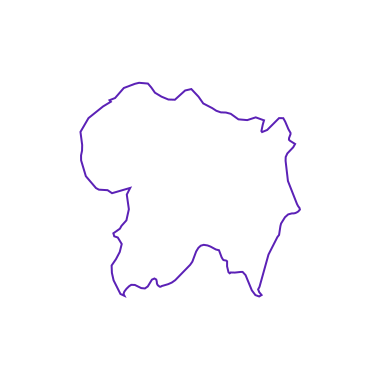 the border of Louang Namtha, rotated 145°
{"feature_id": "LAO-3272", "entity_name": "Louang Namtha", "entity_type": "Province", "adm_level": 1, "iso_a3": "LAO", "parent_name": "Laos", "parent_adm1": "", "projection": "mercator", "projection_center": [101.159, 20.926], "detail": "fine", "context": "isolated", "style": "outline", "palette": "violet", "viewbox_px": 384, "rotation_deg": 145, "n_neighbors": 0, "source": "natural_earth", "source_scale": "10m", "svg_char_len": 1851}
<svg xmlns="http://www.w3.org/2000/svg" viewBox="0 0 384 384"><g transform="rotate(145 192 192)"><path d="M194.1,67.7L196.9,67.9L199.2,71.2L199.4,77.1L195.8,93.2L196.4,97.5L197.8,98.5L203.1,101.4L206.5,103.9L207.3,103.7L207.8,103.8L208.1,105.4L205.9,111.0L203.0,115.1L203.4,116.3L205.1,118.0L205.4,118.8L205.2,121.5L203.3,128.8L205.4,131.2L208.1,136.6L209.9,139.3L212.7,142.0L215.6,143.0L218.8,142.6L222.7,140.9L231.7,134.7L235.3,133.4L256.3,129.4L260.5,129.4L264.5,130.2L270.7,132.3L272.0,132.4L272.8,133.0L273.5,135.2L273.3,137.0L272.2,138.9L271.5,140.8L272.4,142.7L275.1,143.2L282.4,140.0L285.9,140.0L288.7,142.4L292.1,148.6L295.0,150.8L297.6,150.9L301.2,150.3L304.6,149.2L306.6,147.7L306.9,145.7L309.1,149.5L306.9,164.6L304.0,171.7L300.0,177.9L292.8,180.6L285.6,184.3L279.4,189.7L278.9,197.3L281.1,200.3L280.1,203.3L272.1,203.3L269.2,204.7L262.0,206.4L253.6,214.1L246.9,227.3L240.3,230.8L258.2,236.9L260.1,241.9L266.9,247.3L268.4,250.3L269.9,265.8L264.7,281.5L261.9,285.6L258.3,289.0L255.0,293.5L248.9,305.2L234.4,311.9L215.8,313.1L206.7,312.5L206.9,314.5L201.1,313.1L188.2,316.3L176.8,313.4L172.7,311.8L165.9,306.1L165.4,301.0L165.4,294.6L162.3,287.6L158.3,281.3L153.1,277.4L139.4,279.1L133.5,276.7L132.0,266.4L132.0,258.1L127.3,249.1L125.5,244.6L122.7,240.7L118.6,237.6L115.4,233.8L112.3,224.9L105.5,219.2L97.0,216.6L92.2,209.8L91.9,209.4L95.4,206.6L100.2,202.1L100.2,200.9L94.8,199.7L78.3,202.6L74.9,200.1L75.3,196.2L77.0,188.1L77.4,183.9L78.1,182.9L81.6,180.5L82.6,179.2L82.3,177.6L80.0,172.2L83.4,170.6L91.8,168.9L95.2,166.9L97.5,163.8L107.1,146.0L112.9,121.9L113.2,119.5L113.1,117.3L113.7,115.7L116.1,115.1L117.9,115.2L119.5,115.5L121.1,116.2L122.5,117.2L126.1,118.5L130.3,118.0L137.1,115.1L139.1,113.4L145.3,106.9L147.9,106.1L165.2,96.9L191.1,75.6L193.7,74.3L194.4,71.3L194.1,67.7Z" fill="none" stroke="#5b21b6" stroke-width="2"/></g></svg>